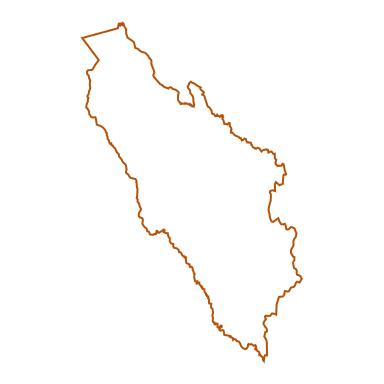 Tonila, Jalisco, Mexico (Equal Earth projection)
{"feature_id": "50627088B95272323140110", "entity_name": "Tonila", "entity_type": "district", "adm_level": 2, "iso_a3": "MEX", "parent_name": "Mexico", "parent_adm1": "Jalisco", "projection": "equal_earth", "projection_center": [-103.536, 19.429], "detail": "fine", "context": "isolated", "style": "outline", "palette": "amber", "viewbox_px": 384, "rotation_deg": 0, "n_neighbors": 0, "source": "geoboundaries", "source_scale": "gbopen_adm2", "svg_char_len": 5993}
<svg xmlns="http://www.w3.org/2000/svg" viewBox="0 0 384 384"><path d="M90.2,80.6L89.7,84.3L90.3,87.7L89.9,89.5L89.0,91.1L88.6,94.2L87.4,95.9L87.5,97.0L88.4,97.6L88.4,98.4L87.9,99.1L87.9,101.5L86.7,104.1L86.2,107.4L87.6,108.8L89.1,111.5L89.3,114.1L91.0,116.7L92.0,117.4L95.4,117.3L95.9,118.9L96.8,124.7L100.9,126.1L103.4,127.9L105.3,130.2L106.1,132.4L106.9,133.2L106.7,135.3L107.5,136.5L107.7,139.1L109.0,140.6L109.3,142.5L109.9,143.1L109.8,143.6L110.5,144.0L111.3,143.5L111.6,145.2L113.1,145.7L113.3,146.8L115.0,148.2L116.9,152.4L118.8,154.1L119.0,156.3L121.8,159.8L122.6,161.9L125.7,164.7L126.6,169.1L126.0,172.1L126.2,173.0L128.4,174.6L129.0,176.0L130.5,177.8L135.5,179.1L136.4,180.5L136.6,181.4L136.2,182.2L136.6,182.8L136.9,187.6L137.5,188.7L137.2,195.5L136.7,198.2L137.7,199.6L137.5,201.1L137.8,202.2L138.8,203.0L139.6,206.0L141.1,209.2L139.1,212.9L138.7,214.8L138.9,216.3L139.9,217.5L141.1,217.5L142.5,218.5L142.9,219.8L142.4,223.4L142.8,224.7L144.5,227.0L146.6,228.6L147.3,231.3L149.0,231.7L149.9,234.3L150.3,234.6L153.5,234.8L154.3,233.9L155.8,234.3L156.2,233.7L156.4,231.6L156.8,230.9L157.4,231.0L158.3,232.7L159.0,232.8L163.9,229.5L164.5,229.9L164.5,230.8L163.7,232.1L166.0,233.2L167.7,233.2L168.5,237.0L169.8,238.1L169.8,241.5L171.2,243.6L173.3,243.9L173.5,244.5L173.2,246.5L173.9,247.7L176.9,248.4L178.8,250.1L178.8,251.6L179.1,252.2L180.5,252.3L181.1,252.9L182.5,255.7L184.0,256.2L184.5,257.6L185.0,257.6L185.6,257.0L185.9,257.3L186.1,258.1L185.8,259.6L186.2,262.5L186.6,263.2L189.6,264.4L189.5,265.9L190.2,267.1L191.1,266.6L192.3,267.4L192.7,268.6L192.7,269.8L193.6,271.7L193.8,273.0L194.6,273.7L194.1,276.8L195.1,281.2L196.1,281.2L196.7,282.1L197.4,281.6L197.4,282.4L196.5,283.3L196.7,283.6L199.3,282.7L199.4,284.3L199.8,284.9L201.3,285.9L201.1,286.6L202.1,287.0L201.9,287.8L202.6,288.1L202.7,288.9L204.3,289.2L204.8,292.4L206.0,293.5L206.0,294.8L207.0,295.2L207.0,296.2L208.3,296.5L208.1,298.1L208.8,298.7L209.1,303.4L211.3,303.7L211.0,306.9L211.3,307.9L212.4,308.7L212.8,310.5L213.0,312.7L212.3,316.0L212.9,317.2L212.8,321.1L213.2,322.0L214.1,322.3L214.5,324.2L215.4,324.4L215.9,323.4L217.6,323.8L217.4,326.9L218.3,327.7L219.4,327.2L220.7,325.6L221.5,325.6L221.8,326.7L220.5,327.5L219.3,329.6L219.5,330.1L220.5,330.7L222.6,330.0L223.6,330.7L224.3,334.9L229.3,335.8L229.6,336.5L230.1,336.0L230.8,336.3L231.0,337.3L232.6,337.9L233.1,339.8L233.7,339.0L235.4,339.3L236.8,341.2L238.6,341.4L239.6,342.6L241.3,346.4L242.8,348.1L245.5,349.2L246.4,348.7L247.5,347.3L248.0,345.8L247.9,344.9L248.5,344.0L249.5,344.5L251.4,344.1L253.8,345.8L255.4,345.1L256.2,347.0L255.3,348.1L255.2,349.2L255.5,349.5L256.5,349.2L257.3,351.0L258.9,351.9L259.3,352.4L259.3,355.0L260.3,354.7L260.9,356.0L262.2,356.8L263.0,358.4L263.0,359.9L263.8,361.0L264.2,357.4L264.9,355.4L266.9,355.4L267.0,352.6L266.8,342.1L266.1,339.5L264.3,336.5L265.3,332.1L266.9,331.5L267.1,330.5L266.4,328.2L265.0,326.6L263.6,324.1L263.5,322.8L264.8,320.4L265.9,319.6L265.8,318.5L265.2,317.8L265.0,316.5L265.5,315.9L270.1,315.9L272.1,313.4L275.2,314.0L276.2,314.6L276.6,304.6L279.0,296.9L282.9,296.5L283.6,295.7L284.6,293.5L284.5,291.7L284.9,291.0L287.9,291.6L288.9,291.3L290.9,287.7L294.1,286.7L295.3,284.8L295.7,283.1L297.0,281.7L299.4,282.5L300.1,282.1L300.7,280.4L301.8,278.8L300.1,275.8L297.0,274.6L296.6,273.1L296.8,270.7L295.9,269.1L293.9,267.9L293.1,262.9L293.4,261.5L294.4,260.1L294.4,257.1L293.2,256.7L291.0,252.9L291.0,250.1L293.3,245.9L293.6,244.1L293.3,241.3L294.4,238.7L295.7,237.0L296.5,233.2L295.2,230.6L294.6,228.5L291.7,227.1L290.8,227.2L288.9,229.2L287.6,229.5L286.4,229.2L285.6,225.5L284.8,223.8L283.6,224.3L281.3,224.3L279.3,221.4L278.3,218.2L273.2,221.9L271.4,221.3L270.0,218.0L269.5,214.2L268.5,210.2L268.9,207.1L270.7,200.5L270.9,195.2L270.7,193.9L269.8,192.6L270.1,191.1L272.5,190.2L275.1,191.1L274.8,184.5L275.9,182.1L279.5,185.2L282.8,183.8L283.4,175.7L283.9,174.6L285.6,174.8L286.1,174.2L284.7,170.2L283.7,164.4L282.8,163.8L282.2,164.4L282.2,165.2L281.6,165.6L279.7,165.9L279.0,165.5L277.9,166.1L275.7,164.3L275.8,163.5L275.4,163.0L276.3,159.8L274.9,158.5L274.7,153.7L273.5,154.1L271.5,151.6L271.0,151.4L268.4,152.6L268.1,150.1L267.2,150.1L266.7,149.4L264.5,149.7L262.5,150.5L261.4,151.5L259.5,148.6L257.7,147.7L256.0,148.8L254.9,148.5L254.7,147.8L253.0,147.4L251.8,145.0L251.3,144.9L251.0,143.0L249.9,142.4L248.8,142.7L248.4,142.3L247.2,142.5L246.1,140.3L245.8,139.0L244.4,138.6L242.8,140.2L241.8,140.5L240.7,138.1L239.6,138.0L239.5,137.5L237.7,136.5L234.8,135.3L232.3,132.6L232.0,132.9L230.8,132.5L231.1,130.0L231.6,129.4L230.8,127.3L229.8,126.3L229.7,123.2L228.6,123.1L227.6,124.5L225.0,123.7L224.4,124.0L223.3,119.9L222.3,118.8L222.6,117.2L223.2,117.0L222.6,115.2L221.1,115.4L221.0,116.4L220.1,116.3L219.7,116.8L218.6,115.8L217.6,116.0L217.0,114.8L216.0,116.1L215.3,116.2L213.8,114.0L212.3,113.8L211.8,112.5L211.6,110.6L209.3,107.3L207.7,106.5L204.4,96.1L203.3,94.9L202.2,94.7L202.2,94.3L203.7,93.0L203.8,92.2L200.3,89.1L200.3,88.0L200.7,87.5L196.9,85.5L194.0,83.3L192.3,82.9L190.8,81.7L189.0,83.4L189.0,84.4L187.7,86.3L187.8,87.5L190.0,90.3L190.4,93.4L192.6,95.9L193.4,98.7L193.3,100.4L194.1,104.8L193.7,106.7L192.0,106.3L191.9,105.6L191.1,105.5L191.3,104.9L190.4,104.3L190.3,105.1L189.8,105.1L189.3,104.6L189.4,104.1L187.9,104.1L186.9,103.4L185.6,103.8L185.0,103.1L184.3,103.8L183.0,103.6L180.6,104.0L180.4,103.5L180.8,103.0L179.5,102.4L178.1,100.0L178.0,95.2L178.7,93.2L178.4,91.9L175.6,89.7L172.8,89.0L171.2,87.4L169.8,87.3L168.3,88.5L163.9,86.8L162.0,85.0L160.3,84.3L153.8,76.8L153.3,75.3L154.4,72.1L151.3,63.9L151.5,61.2L151.2,60.1L149.1,57.7L148.2,55.8L145.1,52.8L141.5,51.8L139.4,50.4L138.4,49.1L135.2,47.8L134.1,42.6L133.5,41.7L127.6,37.7L126.2,33.7L126.1,29.3L124.2,26.2L123.6,23.8L122.8,23.0L122.6,23.4L123.2,25.1L122.5,25.2L121.1,23.6L120.2,25.7L119.6,25.6L119.3,23.6L119.0,23.5L118.7,23.9L117.8,28.3L82.2,38.0L98.8,60.1L95.3,64.7L92.6,69.5L91.7,70.0L88.0,70.3L87.3,71.0L86.9,72.2L87.4,74.5L88.4,75.2L88.7,75.9L89.2,78.5L90.2,80.6Z" fill="none" stroke="#b45309" stroke-width="2"/></svg>